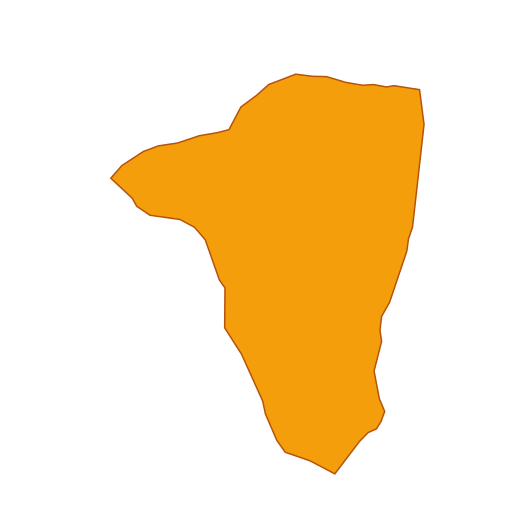 the Governorate of Al Mahwit, rotated 102°
{"feature_id": "YEM-152", "entity_name": "Al Mahwit", "entity_type": "Governorate", "adm_level": 1, "iso_a3": "YEM", "parent_name": "Yemen", "parent_adm1": "", "projection": "orthographic", "projection_center": [43.616, 15.304], "detail": "fine", "context": "isolated", "style": "filled", "palette": "amber", "viewbox_px": 512, "rotation_deg": 102, "n_neighbors": 0, "source": "natural_earth", "source_scale": "10m", "svg_char_len": 781}
<svg xmlns="http://www.w3.org/2000/svg" viewBox="0 0 512 512"><g transform="rotate(102 256 256)"><path d="M210.1,414.2L195.4,406.0L177.2,387.9L168.5,374.3L161.9,356.5L150.1,336.4L143.3,319.2L138.0,308.7L113.3,301.7L98.8,288.9L85.6,279.2L69.9,255.0L68.5,238.2L65.9,224.3L67.5,204.5L66.8,187.0L63.9,176.8L63.5,163.4L60.7,156.5L59.3,130.6L92.3,119.0L195.1,108.9L207.5,110.4L219.9,109.5L273.5,115.7L289.0,120.6L302.7,119.3L313.5,115.4L344.0,116.6L369.9,105.7L381.3,97.8L391.9,99.3L400.1,102.3L405.3,109.5L415.8,116.2L452.7,133.6L445.1,160.7L441.9,186.6L432.0,197.3L408.6,213.9L396.5,219.3L355.1,249.7L332.8,271.7L293.7,279.7L287.1,286.8L250.7,309.0L240.7,322.1L236.1,338.0L238.2,368.1L232.2,383.0L225.3,389.0L210.1,414.2Z" fill="#f59e0b" stroke="#b45309" stroke-width="1.5"/></g></svg>